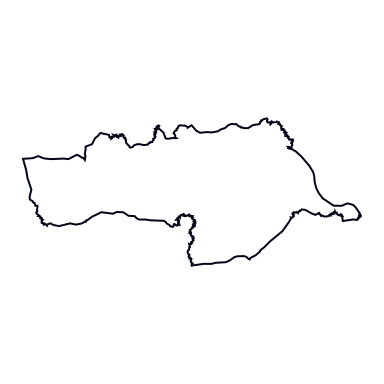 Phon Sawan, Nakhon Phanom, Thailand
{"feature_id": "78962969B77230188112326", "entity_name": "Phon Sawan", "entity_type": "district", "adm_level": 2, "iso_a3": "THA", "parent_name": "Thailand", "parent_adm1": "Nakhon Phanom", "projection": "orthographic", "projection_center": [104.429, 17.459], "detail": "fine", "context": "isolated", "style": "outline", "palette": "ink", "viewbox_px": 384, "rotation_deg": 0, "n_neighbors": 0, "source": "geoboundaries", "source_scale": "gbopen_adm2", "svg_char_len": 6059}
<svg xmlns="http://www.w3.org/2000/svg" viewBox="0 0 384 384"><path d="M191.7,265.6L203.3,263.9L211.3,263.9L215.6,262.8L225.8,262.2L229.8,260.4L234.6,257.0L237.5,256.3L244.1,256.1L246.5,257.0L248.7,259.1L249.8,259.4L250.5,257.9L255.6,255.3L260.0,251.5L260.3,250.3L264.4,247.1L270.5,241.0L282.4,231.2L288.8,222.2L291.0,218.5L290.8,217.6L291.6,218.0L293.6,216.3L293.3,215.6L293.8,215.7L293.8,214.8L292.8,214.1L293.5,213.2L292.9,213.0L293.8,212.2L295.5,212.6L296.6,212.0L298.0,213.2L298.8,211.4L299.7,210.7L300.3,211.0L301.5,209.4L305.5,209.9L311.1,213.2L315.4,214.9L319.1,212.9L319.5,213.4L319.2,214.0L320.8,214.9L320.7,215.5L321.4,216.1L322.1,215.5L324.7,216.6L328.2,216.2L329.2,215.3L329.8,215.5L329.8,214.9L330.5,215.1L330.3,214.7L331.2,214.4L331.5,214.0L331.1,213.8L331.9,213.3L332.6,214.1L333.6,214.0L333.7,212.2L334.8,212.4L335.0,211.5L335.4,212.6L336.6,212.6L336.5,213.8L337.6,214.2L338.3,215.1L340.9,214.7L341.1,214.3L341.7,214.7L341.8,215.5L341.2,215.9L342.5,216.4L342.2,216.7L342.8,221.0L353.6,219.4L356.8,220.0L357.1,219.4L357.8,219.4L358.0,218.2L358.4,218.4L359.2,217.7L359.0,216.5L359.9,216.6L359.6,215.7L360.7,216.3L361.0,216.0L359.8,213.5L355.6,207.3L353.3,205.0L348.3,203.5L346.1,203.8L343.2,205.3L340.7,205.8L333.7,205.7L322.9,198.5L318.8,193.2L316.3,188.2L314.7,182.3L314.2,176.0L313.1,172.0L309.3,165.8L301.3,156.4L295.8,151.4L292.3,149.4L288.1,148.2L288.4,147.3L288.0,146.9L289.1,146.9L289.5,147.5L291.5,147.4L291.4,146.7L292.5,145.1L292.1,145.3L292.3,144.2L291.8,143.7L292.1,143.0L291.3,143.0L291.7,141.4L292.8,141.2L293.0,140.2L292.4,140.4L292.3,139.6L291.4,140.2L290.9,139.3L289.2,139.6L288.8,138.1L288.0,137.9L288.5,136.8L286.9,136.3L287.5,136.0L287.6,135.4L285.8,134.0L285.7,133.5L285.2,134.3L285.2,133.3L286.0,132.7L284.1,132.4L284.9,131.1L284.3,130.8L284.4,130.3L283.4,130.0L283.6,129.1L282.8,128.8L282.6,129.7L281.5,129.9L281.1,126.6L281.7,126.0L280.2,125.4L279.9,124.1L278.3,123.9L279.0,122.3L276.9,121.5L276.1,122.2L273.4,122.4L271.5,121.3L271.0,121.8L271.7,123.0L270.5,124.3L270.4,123.0L269.2,122.3L268.0,122.6L267.0,121.7L266.9,121.0L267.6,119.5L266.8,118.4L262.7,119.5L261.7,120.9L261.0,120.6L260.7,121.8L259.9,122.2L260.0,123.3L259.1,124.2L253.2,125.0L248.1,128.1L243.4,128.1L242.7,127.4L241.5,127.6L240.6,127.3L240.4,126.6L239.0,126.4L235.9,123.9L234.3,124.3L232.0,123.8L228.5,125.0L225.1,128.0L220.6,129.5L217.9,131.3L211.9,132.4L206.4,132.1L200.0,132.8L196.1,130.5L191.6,125.3L187.8,127.6L187.8,127.1L185.2,125.7L179.7,125.3L178.3,126.2L178.1,127.7L176.8,128.6L176.6,130.4L175.8,130.3L173.8,132.4L173.7,133.5L174.5,134.1L175.3,135.8L175.0,137.4L176.4,138.2L176.0,138.3L173.5,137.9L167.8,138.8L165.6,138.4L163.5,132.6L158.6,128.3L158.4,127.6L159.3,126.0L158.6,125.5L157.9,126.3L157.4,126.1L157.2,127.3L156.6,127.2L156.8,128.3L155.1,128.8L155.8,129.3L155.5,129.8L156.5,129.9L155.7,130.5L156.0,131.9L154.8,132.2L155.7,132.8L154.6,133.6L154.9,134.1L155.4,133.8L155.3,134.4L154.3,134.9L155.1,136.1L154.7,136.7L155.3,137.1L154.3,138.5L153.2,138.8L153.5,140.1L152.6,140.9L152.3,142.1L150.0,142.2L150.0,142.9L148.3,143.4L148.0,144.5L145.9,144.9L143.6,145.0L139.7,144.2L137.2,144.2L134.1,145.3L132.7,146.9L130.4,147.6L129.5,147.1L129.3,146.1L126.5,143.4L125.7,141.2L126.1,140.1L125.2,139.0L125.5,138.2L125.2,137.8L124.5,138.4L123.5,137.2L123.7,135.4L122.9,135.1L122.5,134.2L121.8,134.3L122.2,134.5L121.6,135.1L121.8,135.7L120.8,135.8L120.4,134.8L120.3,135.7L119.7,135.5L119.6,136.1L118.2,135.8L118.3,137.6L117.3,137.2L117.5,136.6L116.7,136.5L116.5,135.6L115.7,136.2L115.0,135.6L115.3,135.1L114.5,135.4L113.8,135.1L114.3,135.8L114.0,136.6L113.4,136.4L112.6,136.9L112.9,138.0L112.6,137.6L111.4,138.7L111.4,137.9L110.6,137.7L110.8,137.1L109.7,137.6L109.3,137.1L109.1,134.9L100.3,133.0L98.4,135.5L95.0,138.3L92.0,144.2L85.5,146.7L85.7,149.1L84.8,153.4L85.5,156.5L84.9,157.6L85.2,157.9L84.8,160.0L83.0,157.7L82.1,157.8L79.3,155.8L76.8,154.8L68.4,159.1L63.4,158.6L52.0,159.1L47.3,158.8L43.6,158.3L38.2,156.1L32.6,158.2L23.0,158.8L26.2,170.1L27.5,178.1L31.4,189.6L29.7,196.3L29.7,198.9L30.5,200.1L32.5,201.0L32.7,201.9L33.6,202.8L34.5,202.8L35.4,205.8L37.2,205.7L37.6,206.2L37.0,209.9L37.3,211.7L36.3,212.3L36.4,213.5L38.9,215.4L38.3,216.1L40.0,216.3L40.3,218.2L41.6,217.8L42.1,218.8L41.6,220.2L42.3,220.2L41.7,220.7L42.1,222.3L41.7,222.8L42.7,223.4L43.0,223.0L44.0,223.4L44.1,224.7L45.4,224.1L47.1,225.6L47.3,224.5L50.2,223.3L53.5,225.0L59.1,226.1L70.0,223.4L76.2,224.6L82.0,223.4L84.9,221.6L85.6,221.9L86.1,220.4L87.1,220.4L91.8,216.9L101.3,212.2L112.9,213.7L116.6,212.0L123.4,212.3L128.5,215.8L134.7,216.1L136.9,218.5L139.0,219.5L145.5,219.5L150.3,220.3L163.8,220.8L165.3,221.6L167.0,223.7L169.4,224.9L169.9,226.0L172.7,227.0L173.3,226.5L173.9,224.1L174.7,224.1L175.7,225.2L176.4,225.1L177.0,225.6L177.8,224.7L179.4,225.0L179.0,223.3L178.2,223.5L177.9,222.9L178.5,222.4L178.1,221.3L178.9,221.3L179.0,220.7L177.6,219.8L176.2,219.8L176.9,219.0L178.0,218.9L177.6,218.0L178.6,217.5L178.7,216.5L179.4,216.5L180.0,217.6L180.7,215.1L182.7,214.7L183.4,214.0L184.0,214.4L183.4,214.8L184.2,215.2L183.8,215.9L184.6,216.0L184.1,216.5L185.1,215.8L185.8,216.2L188.9,214.7L188.8,215.7L189.7,216.3L190.5,215.6L192.5,216.1L191.9,216.6L192.5,217.2L192.0,217.4L192.4,217.7L192.1,218.7L194.7,219.9L195.1,220.7L194.4,220.8L194.8,221.2L194.1,221.6L194.9,221.9L194.6,222.7L195.2,223.0L194.6,223.4L194.8,224.1L194.2,223.9L194.3,224.4L193.7,224.3L194.5,226.2L194.0,226.2L193.4,227.1L192.9,226.5L192.9,227.5L191.9,227.6L191.5,229.0L189.9,230.0L190.9,232.4L190.0,232.4L190.4,232.9L189.7,233.3L190.8,233.9L190.9,235.5L192.6,236.2L192.4,237.0L192.9,237.1L192.5,237.4L193.1,238.1L192.8,238.5L193.4,238.6L193.1,239.0L193.6,240.0L193.4,240.5L192.8,240.4L192.5,241.7L191.5,241.9L191.1,242.7L191.5,243.2L190.9,243.2L190.9,244.2L189.9,244.6L189.2,244.2L189.9,246.9L189.3,247.0L189.1,249.7L188.0,250.4L187.6,252.2L188.2,253.8L189.5,254.9L188.7,256.0L189.3,256.6L188.9,257.3L189.8,258.0L189.7,258.5L190.7,258.2L191.5,259.0L190.6,261.3L191.6,262.9L191.9,262.7L192.4,263.2L191.9,263.3L192.3,264.3L191.8,264.4L191.7,265.6Z" fill="none" stroke="#020617" stroke-width="2"/></svg>